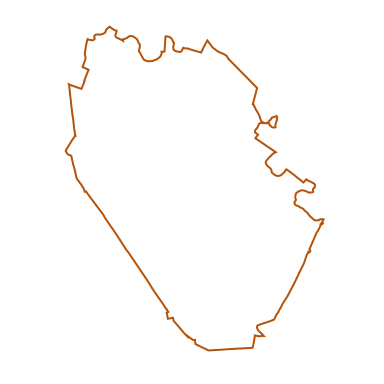 Salcea, Suceava, Romania, rotated 186°
{"feature_id": "2599482B6511307834665", "entity_name": "Salcea", "entity_type": "district", "adm_level": 2, "iso_a3": "ROU", "parent_name": "Romania", "parent_adm1": "Suceava", "projection": "albers", "projection_center": [26.345, 47.647], "detail": "fine", "context": "isolated", "style": "outline", "palette": "amber", "viewbox_px": 384, "rotation_deg": 186, "n_neighbors": 0, "source": "geoboundaries", "source_scale": "gbopen_adm2", "svg_char_len": 5927}
<svg xmlns="http://www.w3.org/2000/svg" viewBox="0 0 384 384"><g transform="rotate(186 192 192)"><path d="M311.8,333.1L312.3,330.4L312.7,326.7L313.1,317.8L312.7,317.1L312.2,315.5L311.8,313.3L313.9,304.8L311.2,304.0L307.6,302.7L308.7,299.1L310.8,291.3L310.4,291.1L312.7,283.0L322.6,285.3L325.7,286.2L325.3,285.2L324.0,279.0L323.6,277.0L322.4,271.8L322.2,271.1L322.1,270.2L320.9,264.5L320.6,263.6L319.6,258.7L317.8,252.0L315.5,241.3L315.1,240.2L314.1,236.0L313.8,235.7L314.1,235.6L314.3,235.3L314.7,234.5L315.4,233.2L316.5,231.4L317.4,229.5L319.8,224.5L321.2,221.6L321.9,219.6L319.8,216.8L319.2,216.3L318.8,216.2L317.2,215.9L316.3,215.6L316.0,215.4L315.8,215.1L315.5,214.6L315.3,213.7L314.4,210.9L313.6,208.8L313.3,207.5L312.4,205.5L311.8,203.9L310.6,201.0L309.3,196.8L308.5,194.2L308.2,193.7L307.8,193.1L302.4,187.1L301.5,185.8L300.3,184.4L299.5,182.9L299.0,181.8L298.7,181.0L297.4,181.5L295.6,179.3L277.2,159.4L276.8,158.4L271.2,151.7L264.2,143.6L258.0,136.0L250.8,127.0L250.1,126.5L248.8,125.1L226.3,98.3L221.8,92.4L217.5,87.2L209.4,77.9L205.6,73.2L204.7,72.7L204.6,71.9L203.0,70.3L204.5,69.2L202.7,63.4L197.7,64.9L196.8,62.0L191.2,56.7L184.7,50.5L181.2,47.6L181.3,48.3L175.5,44.9L173.6,45.3L173.2,43.5L172.7,41.3L171.4,40.6L170.6,40.4L165.9,38.6L159.0,36.2L157.2,36.4L153.4,37.1L149.9,37.6L144.2,38.6L138.8,39.6L120.1,42.6L115.6,43.4L115.1,45.4L115.0,47.2L114.7,50.3L114.6,53.7L114.4,55.3L114.5,55.9L110.1,55.5L109.2,55.6L108.7,55.9L108.0,56.1L107.1,56.2L105.6,56.3L107.3,57.9L108.7,58.9L110.2,60.2L110.4,60.2L110.8,60.4L111.7,61.4L112.5,62.5L113.1,63.6L113.3,64.0L113.2,65.0L113.0,65.9L112.8,66.1L112.4,66.4L110.6,67.3L110.0,67.6L109.3,67.8L106.6,69.2L104.7,69.9L100.6,71.8L99.5,72.4L98.3,73.1L97.0,73.7L96.2,75.9L95.2,78.7L94.9,79.3L93.6,81.4L93.3,82.7L92.9,83.6L91.8,85.9L91.0,88.1L90.3,90.0L88.0,94.7L86.2,98.2L83.9,104.0L83.0,106.3L81.1,111.0L77.7,120.4L77.2,122.3L75.4,126.7L75.2,127.6L74.7,128.7L73.0,133.5L72.0,138.3L71.4,141.0L70.1,144.6L68.9,144.1L68.1,145.9L69.3,147.2L65.1,160.4L63.9,164.5L62.5,166.9L60.4,172.8L60.6,172.8L60.8,173.1L60.7,173.3L60.4,173.1L60.2,173.3L60.7,173.6L60.1,174.5L59.1,173.8L58.5,174.6L59.5,175.3L58.3,178.5L60.8,178.5L62.3,177.9L62.3,177.6L62.9,177.1L63.0,177.1L63.7,177.1L65.8,176.7L66.9,176.7L67.5,176.8L70.0,178.8L71.4,179.6L72.6,180.8L73.7,181.8L74.1,182.1L74.3,182.7L74.9,183.2L75.9,184.0L76.7,184.5L77.4,184.9L78.2,185.4L79.1,186.4L79.6,186.9L81.6,187.7L81.9,187.7L83.1,188.1L83.8,188.5L84.5,189.0L85.1,189.2L87.0,189.5L88.0,190.1L88.2,190.5L88.8,191.4L89.0,192.2L88.8,193.0L88.6,193.6L88.2,194.2L87.8,194.9L87.8,195.2L88.4,196.3L88.6,197.0L88.8,197.8L88.7,199.8L88.6,200.8L88.3,201.4L87.9,202.2L87.0,202.9L86.2,203.6L85.2,204.2L83.8,204.9L82.4,205.2L81.3,205.2L78.7,204.7L76.3,203.9L75.9,203.6L75.2,203.7L72.8,204.1L72.3,204.2L71.8,204.5L71.6,204.7L71.6,205.2L71.9,206.9L72.0,207.3L71.9,207.5L71.8,207.8L71.6,208.2L70.9,208.8L70.6,209.2L70.5,210.1L70.3,211.2L70.4,211.9L70.5,212.2L71.5,213.2L74.3,214.3L78.1,215.6L79.3,216.3L79.8,216.5L80.1,215.8L80.8,214.8L82.2,213.1L86.8,216.1L89.3,217.6L91.0,218.8L93.7,220.5L100.2,224.3L100.7,224.4L101.2,223.1L101.6,222.6L102.0,221.7L102.5,221.1L103.2,220.4L103.6,219.9L104.5,218.7L105.4,217.9L106.7,217.3L108.2,216.8L110.4,217.2L111.0,217.4L112.3,218.1L114.2,219.4L114.6,219.7L114.9,220.1L115.0,220.5L115.0,221.0L115.1,221.5L115.4,222.2L116.1,223.3L116.4,223.6L116.9,224.0L117.7,224.4L119.9,226.0L120.6,226.9L121.8,228.7L121.8,229.3L121.6,230.1L121.1,231.2L120.3,232.4L119.4,233.8L117.5,236.0L116.0,238.0L114.3,239.4L112.8,240.3L126.5,247.7L134.0,251.8L134.6,252.2L132.3,255.9L134.9,257.5L135.3,257.8L135.6,258.2L135.8,258.7L135.7,259.3L135.6,259.9L135.5,260.3L134.3,261.8L134.0,262.3L132.7,265.8L132.4,266.8L132.1,267.3L131.8,267.5L131.4,267.7L130.5,267.9L122.6,268.3L122.3,268.1L121.7,266.5L120.2,265.7L119.6,265.0L119.0,264.7L118.6,264.7L117.4,264.7L116.5,264.8L115.8,265.1L115.9,265.6L116.0,267.8L115.9,269.0L115.6,270.1L115.4,271.2L115.2,271.7L115.1,272.1L115.1,274.7L115.2,275.3L115.8,276.3L116.0,276.4L116.1,276.1L116.7,276.0L117.9,275.2L119.2,274.8L119.8,274.7L119.9,274.4L120.3,274.3L120.6,274.0L121.0,272.8L121.3,272.3L122.4,271.0L122.5,270.7L122.9,270.2L123.6,269.3L124.2,268.9L124.6,268.7L125.4,268.3L126.7,268.1L127.7,268.3L128.9,268.7L129.7,269.1L130.4,269.8L131.2,270.8L132.8,274.5L133.9,276.4L134.5,277.3L134.9,277.8L135.1,278.0L136.9,280.5L137.5,281.2L137.9,282.1L138.5,283.1L138.7,283.4L139.1,283.7L139.5,284.4L139.8,284.9L139.9,285.4L140.2,285.5L140.7,285.6L140.6,286.4L138.7,298.4L138.2,302.3L169.8,328.3L171.6,330.9L174.6,332.4L180.9,334.4L186.6,337.9L192.6,344.3L195.4,337.7L197.5,331.7L206.8,333.3L211.6,334.3L212.1,334.3L213.8,334.1L214.6,334.3L215.7,334.6L216.8,331.8L217.3,330.8L218.0,330.3L218.3,330.1L219.5,330.0L220.1,330.1L222.5,330.3L224.0,330.8L224.8,331.3L225.5,332.4L225.8,333.7L225.8,335.6L225.5,337.3L225.3,338.0L225.4,338.4L225.7,338.7L226.4,339.1L226.9,340.3L228.0,342.0L229.1,343.0L230.1,343.6L232.0,344.0L233.5,344.1L234.4,344.1L234.6,343.7L234.4,338.2L234.0,328.8L235.8,328.3L236.5,328.3L237.0,328.3L236.7,327.0L236.8,325.9L237.1,324.8L237.5,323.8L238.4,322.5L240.6,320.6L241.6,319.8L243.4,319.1L244.8,318.2L246.5,317.8L248.0,317.7L249.5,317.4L250.7,317.6L252.5,318.0L253.6,318.5L256.4,322.1L258.3,325.1L259.3,326.2L259.4,326.7L259.4,327.7L259.5,328.4L259.1,330.2L259.1,330.9L259.3,331.8L259.1,333.0L260.4,334.4L261.5,336.3L262.3,337.6L262.6,338.2L264.8,339.5L266.6,340.4L267.5,340.7L269.0,340.7L270.3,340.6L271.0,340.1L272.2,338.9L273.6,337.9L274.6,337.4L276.0,336.9L277.1,336.4L277.0,335.9L276.4,335.4L276.3,335.1L278.5,336.1L283.2,337.7L284.1,338.4L284.5,339.4L284.5,340.8L284.2,342.0L283.8,343.2L283.9,344.6L285.2,344.7L285.6,344.8L288.7,346.2L291.3,347.8L294.1,344.8L295.0,341.8L295.3,341.2L297.1,339.9L300.2,338.8L302.5,338.9L304.3,338.3L305.4,337.0L305.5,335.9L304.8,334.7L304.9,333.9L305.8,332.9L307.0,332.4L309.7,332.6L311.8,333.1Z" fill="none" stroke="#b45309" stroke-width="2"/></g></svg>